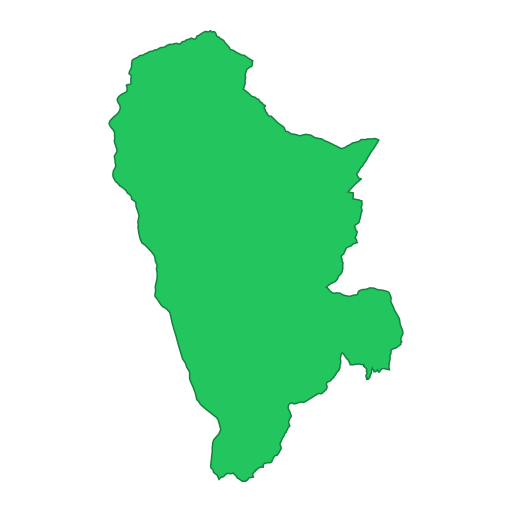 Brebu, Prahova, Romania (Albers equal-area conic projection)
{"feature_id": "2599482B17344347957836", "entity_name": "Brebu", "entity_type": "district", "adm_level": 2, "iso_a3": "ROU", "parent_name": "Romania", "parent_adm1": "Prahova", "projection": "albers", "projection_center": [25.796, 45.203], "detail": "fine", "context": "isolated", "style": "filled", "palette": "green", "viewbox_px": 512, "rotation_deg": 0, "n_neighbors": 0, "source": "geoboundaries", "source_scale": "gbopen_adm2", "svg_char_len": 6036}
<svg xmlns="http://www.w3.org/2000/svg" viewBox="0 0 512 512"><path d="M389.5,369.8L388.9,366.8L389.3,362.8L390.2,358.2L389.8,355.9L390.7,354.2L391.1,351.9L390.9,350.1L392.9,348.8L395.4,348.3L400.7,344.5L400.8,342.9L401.8,341.7L401.1,340.9L400.8,339.2L401.3,337.3L402.9,333.6L402.9,332.8L402.6,330.4L400.2,324.5L399.4,318.7L394.4,309.9L393.5,307.4L391.1,302.3L390.8,301.5L391.1,298.2L391.0,297.2L389.1,292.6L387.4,291.5L383.1,290.3L377.7,289.7L373.8,288.1L369.8,287.9L366.1,289.3L363.0,289.5L359.9,290.4L358.4,291.5L357.5,294.1L357.0,294.8L353.3,295.2L350.5,296.2L348.1,296.2L343.4,295.1L339.9,293.1L336.1,292.9L334.1,293.3L333.0,293.1L330.2,291.2L327.5,287.9L326.2,287.2L330.1,284.0L335.0,281.7L336.7,280.0L337.4,279.1L338.5,276.3L340.8,273.9L341.9,272.3L342.8,268.8L342.7,266.0L343.0,263.0L341.9,260.3L342.1,258.9L341.5,257.9L341.2,256.0L343.6,254.0L346.3,248.1L347.5,247.2L350.9,246.0L353.4,243.8L357.3,242.6L356.9,241.9L356.4,239.7L355.1,237.7L355.9,235.9L356.6,235.1L356.6,234.0L357.3,231.8L355.5,229.7L355.6,228.2L354.8,227.3L354.6,226.6L354.8,225.8L355.5,224.9L358.9,222.6L359.5,220.0L360.2,218.5L361.1,213.2L362.1,210.7L361.3,207.5L361.3,206.7L362.0,205.0L362.0,203.5L361.6,202.1L362.0,201.1L359.1,200.0L353.0,198.8L353.3,192.9L348.0,192.0L354.8,184.5L361.2,179.0L361.0,178.6L359.3,178.5L358.7,178.2L356.7,174.3L356.8,173.8L358.3,172.0L360.5,167.9L362.6,166.1L363.7,163.7L366.0,160.9L367.6,157.8L371.3,151.6L374.0,148.0L378.8,140.1L377.0,139.1L374.6,138.5L371.6,139.0L367.4,138.9L366.4,139.4L364.6,139.6L361.5,139.5L360.7,139.8L359.0,141.5L352.5,143.0L349.4,145.1L347.5,145.7L346.3,146.7L344.1,147.9L341.3,148.6L328.4,142.2L324.6,140.7L321.7,138.9L315.2,137.8L311.0,135.2L305.9,134.3L299.6,135.8L295.6,134.5L291.1,133.8L288.0,131.7L285.6,131.3L284.3,127.9L283.7,127.1L277.8,122.8L271.7,116.7L271.1,116.2L269.4,116.2L267.6,114.8L266.9,112.9L265.5,111.3L265.1,109.4L264.2,108.2L264.2,107.6L265.3,106.1L265.1,105.4L263.4,104.8L262.3,103.1L260.7,102.4L260.8,102.0L259.2,100.7L258.7,99.3L256.9,99.0L255.2,97.3L252.4,96.6L251.1,95.8L249.0,93.6L243.4,89.2L245.2,83.4L245.0,80.4L245.7,77.5L245.2,75.8L245.2,74.6L246.6,69.7L249.8,67.0L251.2,66.7L251.8,66.1L252.4,64.3L252.4,61.3L252.8,60.9L248.6,58.4L244.6,55.5L241.7,55.0L236.4,52.4L233.7,50.5L230.3,49.5L229.1,47.2L224.8,42.4L223.6,40.3L222.6,39.9L221.2,38.8L220.3,38.7L219.2,37.3L217.0,36.4L215.3,32.5L214.3,31.8L213.2,31.6L212.4,32.0L211.6,31.9L210.5,30.7L208.2,32.0L206.0,31.4L205.1,31.6L203.3,32.4L198.8,35.4L197.3,35.9L196.6,36.7L196.1,38.3L195.3,39.1L193.3,38.9L191.2,38.1L189.5,39.0L185.7,40.2L185.0,41.2L182.4,41.7L181.4,42.4L180.5,43.9L180.0,44.2L176.3,43.3L171.1,44.5L169.5,44.2L168.3,45.0L167.1,45.2L165.7,46.4L164.0,47.3L160.5,47.6L156.9,49.7L154.8,49.9L152.8,51.1L150.1,51.4L142.6,55.2L139.8,55.6L137.4,57.4L133.9,59.0L132.2,60.3L131.7,63.2L131.4,67.9L131.0,68.3L130.6,69.7L129.8,70.6L129.0,73.2L129.2,73.9L130.6,74.8L131.2,75.8L131.2,76.6L130.7,79.9L131.1,83.3L130.3,84.3L127.2,84.7L126.3,85.3L127.2,87.9L127.0,90.6L126.5,91.8L121.2,94.6L119.4,96.0L118.1,97.5L117.3,99.1L117.2,100.0L118.5,103.3L119.5,104.5L120.3,107.0L119.9,109.8L118.9,111.9L117.4,113.8L113.4,117.2L110.2,120.5L109.1,123.2L109.2,124.2L111.1,127.6L112.9,129.5L114.5,132.3L114.7,138.2L114.3,141.4L116.8,149.2L117.0,151.5L114.5,155.8L114.3,156.6L115.0,159.8L115.2,163.1L115.6,164.7L115.6,167.0L113.5,170.5L113.0,173.0L112.9,175.3L113.1,176.8L113.8,178.4L115.9,181.9L117.8,183.2L119.4,185.5L122.0,187.2L125.8,190.3L126.6,191.3L127.3,193.0L129.3,194.3L130.9,195.9L131.4,197.2L131.6,199.1L135.8,202.2L136.1,206.6L138.3,212.9L139.1,216.5L138.5,218.0L138.4,219.9L137.9,221.3L137.9,222.5L138.3,225.3L137.9,227.1L138.5,230.0L138.5,231.7L140.0,238.4L141.9,242.9L145.3,245.3L151.3,251.6L154.4,255.7L155.0,258.0L155.4,261.3L157.2,265.2L156.4,268.8L157.2,273.0L157.1,278.3L155.2,286.9L155.6,289.6L155.4,292.4L154.9,294.6L155.0,296.4L157.2,299.1L161.0,304.9L162.9,306.8L166.2,308.6L169.9,312.6L172.4,324.0L172.8,324.9L173.9,329.2L175.9,335.5L178.5,345.3L182.5,358.7L185.6,363.4L186.6,366.9L189.6,372.0L189.6,378.6L190.3,380.8L193.4,387.8L195.5,393.7L196.8,399.6L198.7,401.5L200.5,404.5L205.5,408.9L216.5,417.5L218.0,419.6L219.2,423.3L220.7,429.6L218.9,433.9L213.9,439.6L212.9,442.2L212.2,448.2L212.3,450.8L210.6,466.6L211.3,468.3L212.8,469.5L213.7,472.5L217.2,475.1L219.0,479.4L220.7,477.5L223.4,476.7L224.7,475.5L224.8,475.0L227.6,473.3L230.9,473.8L233.1,473.0L234.2,474.3L235.6,475.2L237.0,477.6L242.4,481.3L246.1,481.1L247.9,479.4L248.7,477.9L253.5,477.0L252.7,474.9L253.0,473.5L254.2,472.0L255.0,471.6L255.2,470.5L256.9,469.8L257.8,468.4L260.7,467.1L263.3,467.1L263.3,464.7L264.5,463.5L266.9,462.8L269.8,462.8L271.7,461.9L272.8,459.0L274.2,456.6L275.4,455.5L277.1,455.2L277.7,454.7L278.1,453.5L279.0,452.7L279.8,450.8L281.1,448.9L281.0,446.9L280.0,444.5L280.1,443.3L280.8,442.2L282.5,438.0L284.0,435.9L284.5,434.0L286.2,432.1L286.7,430.4L287.4,429.7L288.0,427.7L289.6,426.3L289.7,425.6L288.6,422.4L288.6,421.5L289.6,419.1L290.9,417.1L291.2,415.7L289.9,411.9L288.1,408.2L288.4,405.3L288.7,404.7L290.8,403.0L291.5,402.9L293.9,403.9L296.5,403.5L297.9,402.8L301.8,401.9L303.3,402.5L305.4,401.6L317.4,394.0L319.1,393.4L320.9,393.8L322.2,393.2L326.2,389.5L326.8,388.5L327.1,386.5L326.5,384.7L326.6,382.9L327.9,381.9L330.2,381.0L330.7,380.5L330.9,379.9L331.5,379.7L332.2,378.6L333.5,377.7L336.0,374.0L336.6,372.7L339.2,369.9L339.2,368.8L340.0,367.8L339.8,365.5L340.6,363.9L340.5,362.6L340.8,361.9L340.3,358.5L340.8,356.6L340.8,355.5L342.1,352.9L343.3,353.6L346.6,358.5L347.9,359.7L349.1,361.5L349.4,362.8L350.1,363.4L350.1,364.7L353.3,364.8L356.4,364.1L359.1,364.0L362.0,364.7L363.8,364.7L363.7,366.2L366.4,368.5L366.6,369.6L366.4,371.5L367.1,372.7L367.1,373.4L365.9,375.6L366.1,376.9L366.7,377.8L367.1,377.9L366.5,378.7L366.8,379.5L368.5,379.1L368.7,378.6L369.8,377.4L370.4,375.1L371.3,373.2L371.8,369.7L372.4,368.3L372.8,369.4L373.6,369.9L373.9,371.6L375.0,371.8L375.7,371.6L377.4,369.9L378.6,372.1L379.2,372.1L381.5,369.0L382.7,368.6L384.2,368.6L389.5,369.8Z" fill="#22c55e" stroke="#15803d" stroke-width="1.5"/></svg>